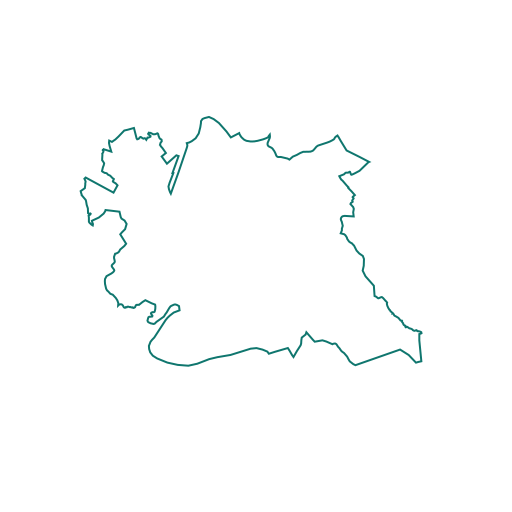 Hue, Thừa Thiên - Huế, Vietnam, rotated 329°
{"feature_id": "81297802B88130440660417", "entity_name": "Hue", "entity_type": "district", "adm_level": 2, "iso_a3": "VNM", "parent_name": "Vietnam", "parent_adm1": "Thừa Thiên - Huế", "projection": "natural_earth1", "projection_center": [107.578, 16.453], "detail": "fine", "context": "isolated", "style": "outline", "palette": "teal", "viewbox_px": 512, "rotation_deg": 329, "n_neighbors": 0, "source": "geoboundaries", "source_scale": "gbopen_adm2", "svg_char_len": 6103}
<svg xmlns="http://www.w3.org/2000/svg" viewBox="0 0 512 512"><g transform="rotate(329 256 256)"><path d="M254.8,123.6L254.4,125.2L253.9,126.2L252.2,127.8L232.6,144.4L215.1,158.7L215.2,157.0L215.8,153.9L216.8,151.3L219.7,148.7L227.8,142.4L227.1,141.9L241.1,130.5L239.6,128.7L227.2,131.0L226.4,122.1L231.8,121.3L231.4,115.4L230.9,112.8L231.1,111.8L230.9,111.3L232.5,109.8L234.2,109.2L234.9,107.9L234.9,107.4L234.2,106.3L234.0,105.3L234.4,102.6L234.9,101.2L234.9,100.5L234.6,100.0L232.7,99.8L231.5,99.3L230.6,98.7L229.0,96.1L228.1,95.6L227.7,95.1L226.5,95.7L226.4,96.3L227.3,98.3L227.4,98.9L226.9,99.4L224.6,99.1L224.0,98.6L221.8,99.9L221.7,99.0L221.4,97.8L220.8,97.5L219.9,97.4L219.4,96.6L218.7,94.9L218.3,94.5L217.3,94.5L216.9,94.8L215.7,95.1L214.3,94.8L214.2,93.8L217.3,83.4L211.1,81.7L207.7,80.6L199.6,82.8L195.4,83.7L193.5,83.8L191.3,84.0L189.6,81.5L188.2,83.4L187.2,86.2L185.7,92.0L180.4,86.0L180.1,86.2L179.4,86.1L179.1,86.4L179.3,87.5L178.8,88.1L177.7,88.8L176.9,89.1L176.5,90.1L174.1,93.6L173.4,94.8L173.6,95.7L173.6,98.3L172.2,99.8L170.6,101.0L167.7,103.9L167.9,104.7L169.1,106.8L170.1,107.6L170.7,108.4L171.0,110.0L172.4,112.1L173.1,115.2L173.8,116.8L173.5,117.1L171.8,118.2L171.8,119.0L173.1,121.4L173.7,124.1L166.5,128.3L150.4,101.0L148.7,101.4L148.6,102.7L148.3,104.4L147.0,105.9L146.3,107.1L144.2,109.7L139.1,110.1L138.4,112.5L138.3,113.4L137.9,113.9L138.9,120.2L138.6,121.4L137.2,125.0L136.4,128.6L134.1,132.8L134.4,133.7L135.9,134.2L136.0,134.7L135.3,135.1L133.3,135.2L132.6,136.9L130.4,140.6L130.4,141.8L131.1,144.3L131.8,145.7L132.7,144.7L133.1,142.4L133.5,141.3L141.1,142.1L142.4,141.9L147.2,141.2L149.7,140.0L150.7,139.1L161.8,147.7L160.1,153.0L160.0,154.7L161.6,157.9L161.6,161.9L157.6,165.6L153.2,166.7L150.8,167.5L151.0,178.6L148.3,179.6L142.9,180.5L140.9,181.7L139.6,182.0L137.6,181.9L136.4,181.5L133.9,183.6L133.2,184.8L132.7,186.5L132.1,188.0L131.5,188.6L130.3,189.0L128.7,189.3L127.6,189.7L127.1,190.4L127.0,191.4L127.3,194.6L127.0,195.5L126.1,196.0L125.1,196.3L123.1,196.5L117.5,196.3L114.7,198.0L113.5,199.7L112.2,202.2L110.7,206.8L110.6,208.8L111.1,210.3L111.7,213.4L113.3,215.4L114.2,219.7L114.3,222.6L113.7,225.5L112.3,227.5L113.5,227.2L114.0,227.2L115.4,227.8L116.1,228.6L116.4,229.7L116.3,231.9L116.8,232.7L117.6,233.1L118.2,232.8L118.9,233.4L119.6,233.2L120.5,233.7L121.3,234.7L121.9,234.9L122.5,235.6L122.6,235.9L123.9,236.5L124.0,237.3L124.8,237.6L125.9,237.6L127.5,236.5L128.2,236.3L129.0,236.6L129.4,237.0L130.1,237.2L130.5,237.6L135.1,237.0L138.4,236.9L142.2,242.8L144.5,245.7L143.9,247.2L142.4,249.5L140.9,251.1L140.2,251.6L139.4,251.5L138.3,250.8L137.0,250.7L136.4,251.1L136.3,252.2L136.5,253.8L135.9,254.4L134.4,253.8L133.2,253.1L132.3,253.1L131.3,253.9L129.7,255.5L129.5,256.7L129.7,257.4L131.0,259.4L133.2,261.5L134.3,261.8L136.8,261.2L145.8,260.5L148.5,259.1L150.3,258.4L154.7,256.0L156.6,255.2L157.4,255.1L160.3,255.4L161.4,255.7L162.0,256.1L163.0,257.2L164.2,259.3L162.5,263.2L156.4,262.1L151.4,262.7L148.3,263.4L145.5,264.4L126.8,273.5L123.8,274.3L121.4,275.2L117.9,277.9L116.5,280.7L115.7,284.1L116.2,288.3L118.5,292.9L125.1,301.7L132.8,309.0L141.5,315.2L150.2,318.1L162.8,320.3L170.7,322.8L183.2,327.7L203.7,332.7L209.0,335.2L213.4,339.6L216.5,343.8L216.7,346.4L223.0,347.9L235.9,351.3L236.0,354.8L235.9,359.3L236.1,361.9L242.2,358.5L248.3,355.5L249.6,354.3L251.6,351.4L253.2,349.5L258.0,348.9L259.9,347.3L261.6,357.0L262.2,359.7L269.5,362.5L272.2,365.5L276.1,371.0L276.9,371.0L278.3,371.5L278.8,371.8L279.3,372.6L279.5,373.2L279.6,376.2L280.0,377.8L280.2,381.0L280.6,382.5L281.5,384.5L282.3,389.2L282.1,392.4L282.1,394.6L283.7,398.8L285.0,400.8L331.3,410.4L335.9,419.5L338.2,429.8L340.5,430.4L343.5,431.4L352.5,412.5L355.8,407.0L357.4,407.4L358.1,407.4L358.4,406.4L357.8,405.4L356.7,404.2L356.2,404.1L355.5,403.2L355.5,402.5L355.2,402.1L353.8,401.9L353.1,401.6L352.3,400.4L352.2,399.5L351.8,398.8L351.2,397.9L350.2,397.0L349.2,394.7L348.8,394.4L348.1,394.4L347.6,394.2L347.6,393.5L348.1,393.1L348.0,392.5L347.3,391.5L347.1,390.6L347.5,389.5L347.2,388.2L347.3,387.7L347.8,386.9L347.8,386.6L346.7,385.8L346.2,382.4L345.0,380.1L344.0,378.5L343.9,377.9L344.0,377.2L344.0,376.5L343.8,375.9L343.4,375.7L343.8,375.4L343.3,374.0L343.2,373.4L342.8,372.8L342.9,372.4L342.9,371.1L342.6,370.6L342.7,369.7L342.6,369.2L342.9,366.4L343.5,364.4L344.4,363.5L344.2,361.9L344.0,361.4L343.3,357.5L342.7,356.0L341.8,355.7L339.4,355.4L339.0,355.2L338.8,354.9L338.0,352.7L337.0,351.4L341.7,342.2L339.4,329.8L339.9,323.5L343.3,319.9L347.0,314.2L347.6,311.0L345.8,307.0L345.0,303.1L345.4,297.5L344.9,295.7L344.9,294.9L343.8,293.0L343.2,291.5L343.0,288.3L343.4,287.0L343.3,284.2L342.8,282.8L340.3,280.2L342.9,278.2L343.6,276.9L345.9,274.8L347.2,270.7L347.3,269.4L347.7,268.0L348.8,267.0L349.9,266.6L350.9,266.6L352.7,267.3L360.1,272.4L361.8,268.6L364.1,266.0L364.5,264.1L363.7,260.1L364.6,259.5L366.8,259.3L367.1,257.9L369.3,257.0L369.4,256.8L369.1,255.4L369.4,255.1L372.1,254.7L371.2,249.8L370.1,245.2L370.2,244.7L370.6,244.6L370.1,242.6L369.0,236.1L368.4,234.3L368.4,231.9L368.5,230.5L373.5,231.3L375.6,230.8L376.2,231.0L377.8,232.0L379.6,232.0L379.8,232.1L379.9,232.3L379.5,234.5L379.5,235.3L379.8,235.6L381.1,235.8L383.0,236.0L388.6,236.3L400.7,233.5L401.4,233.6L395.9,224.6L388.0,212.2L387.9,200.8L388.0,196.5L387.9,196.0L387.9,194.7L386.0,194.8L384.7,195.1L383.6,195.8L382.8,196.1L380.7,196.1L378.0,195.9L375.3,195.4L366.1,193.3L364.2,193.4L360.7,194.6L359.2,195.0L357.8,194.9L356.2,194.5L350.1,191.0L347.0,190.5L343.1,190.4L338.7,189.8L334.3,190.6L333.3,188.8L328.3,183.9L326.5,182.9L325.7,182.3L325.2,181.4L325.1,180.3L325.5,178.1L325.7,175.7L325.5,172.6L325.1,171.3L323.3,168.5L323.1,167.3L323.5,166.0L324.4,164.9L328.7,161.8L329.6,160.6L330.3,159.1L328.7,159.7L327.7,160.4L326.8,160.4L325.0,160.2L322.3,159.7L316.7,158.1L313.4,156.8L310.4,155.1L307.2,152.4L306.4,151.3L305.6,149.9L304.7,146.7L304.6,144.9L304.6,143.0L304.9,142.0L295.5,141.4L294.8,134.0L292.7,122.9L290.2,116.8L287.3,112.6L282.9,111.3L280.7,111.0L278.3,112.1L277.2,113.8L274.5,117.0L270.0,121.5L264.9,124.0L260.1,124.5L257.2,124.3L254.8,123.6Z" fill="none" stroke="#0f766e" stroke-width="2"/></g></svg>